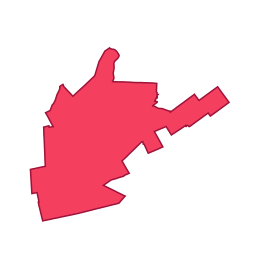 Mihail Kogalniceanu, Ialomita, Romania (orthographic projection), rotated 263°
{"feature_id": "2599482B73774561478339", "entity_name": "Mihail Kogalniceanu", "entity_type": "district", "adm_level": 2, "iso_a3": "ROU", "parent_name": "Romania", "parent_adm1": "Ialomita", "projection": "orthographic", "projection_center": [27.746, 44.645], "detail": "fine", "context": "isolated", "style": "filled", "palette": "rose", "viewbox_px": 256, "rotation_deg": 263, "n_neighbors": 0, "source": "geoboundaries", "source_scale": "gbopen_adm2", "svg_char_len": 4585}
<svg xmlns="http://www.w3.org/2000/svg" viewBox="0 0 256 256"><g transform="rotate(263 128 128)"><path d="M129.8,211.2L131.6,214.5L137.5,225.0L141.1,231.4L155.2,223.5L158.0,222.0L146.7,201.8L153.4,198.0L152.9,197.3L152.2,196.0L151.5,194.8L150.9,193.6L150.3,192.7L149.9,191.8L149.4,191.0L147.5,187.7L146.6,186.2L146.2,185.4L144.1,181.6L142.4,178.6L141.2,176.7L140.0,174.4L138.6,172.0L138.8,172.0L139.1,171.9L139.4,172.0L139.5,172.0L139.7,171.9L139.8,171.3L139.9,170.7L140.2,170.0L141.2,168.1L141.5,167.4L142.6,165.4L143.0,164.6L143.1,164.2L143.3,163.5L143.5,162.1L143.7,160.9L144.6,159.3L145.2,158.6L145.5,158.2L146.2,157.0L146.5,156.6L146.6,156.4L146.8,155.3L146.7,154.6L149.8,159.9L150.4,160.3L150.5,160.3L150.6,160.2L150.9,159.6L151.1,158.9L151.3,158.0L151.3,157.8L151.5,157.8L153.9,159.5L154.0,159.9L154.4,159.9L154.5,159.9L154.5,160.0L154.8,160.2L154.8,160.3L154.7,160.4L154.7,160.5L154.4,160.6L154.5,160.7L154.8,160.8L155.1,160.8L155.3,160.9L155.5,160.9L155.6,160.7L155.7,160.4L155.8,160.4L156.0,160.4L156.2,160.5L156.3,160.5L156.5,160.6L157.1,161.1L157.3,161.6L157.5,161.9L157.6,162.0L157.8,161.0L158.7,161.0L159.2,161.1L159.5,161.2L159.9,160.9L160.5,160.6L168.8,162.0L169.2,159.7L169.7,157.8L170.4,153.4L170.9,149.8L171.5,146.5L171.7,145.0L171.7,144.9L171.7,144.6L172.2,141.0L172.3,140.6L172.4,140.1L172.5,139.2L172.8,137.6L172.9,137.2L173.0,136.8L173.0,136.6L173.1,136.1L173.3,135.4L173.3,135.1L173.4,134.4L173.5,133.8L173.6,133.4L173.7,132.5L174.0,131.0L174.3,129.3L174.4,128.7L174.5,127.9L174.7,126.0L175.0,123.7L175.4,121.3L175.6,120.3L175.8,119.2L175.9,118.5L176.0,118.3L176.7,118.7L177.2,119.0L177.9,119.5L178.5,119.8L179.0,120.1L180.0,120.2L180.9,120.1L182.9,120.0L184.7,120.1L188.7,121.4L191.1,121.7L193.5,121.8L194.4,122.1L195.2,122.5L195.7,122.9L196.1,123.2L197.6,125.3L198.3,126.2L199.9,127.5L200.6,127.9L201.0,128.0L201.4,128.0L201.9,127.8L204.4,126.7L206.0,125.7L206.5,125.2L207.1,124.6L207.7,123.7L207.9,123.2L208.0,122.7L208.2,121.7L208.5,121.1L209.0,120.1L209.2,119.8L209.8,119.5L207.5,115.1L207.3,114.6L207.2,114.5L207.1,114.4L206.3,113.8L199.4,108.8L198.0,107.7L197.7,107.5L197.4,107.3L185.6,102.1L184.6,101.7L184.1,101.4L183.5,100.7L182.9,100.0L180.6,96.9L174.5,88.7L172.7,86.1L170.9,83.5L168.6,80.4L166.4,77.4L166.3,77.1L166.5,77.0L170.5,74.1L171.1,73.6L173.7,71.7L174.2,71.4L174.7,71.0L176.2,69.8L176.8,69.5L177.0,69.4L177.5,69.2L178.5,69.0L179.2,68.8L178.4,66.9L178.3,66.6L177.9,66.1L177.8,65.8L177.7,65.7L177.5,65.3L175.5,65.1L173.7,64.2L170.5,62.1L169.9,61.7L169.3,61.4L164.5,59.2L163.9,58.8L161.2,57.0L160.3,55.7L154.9,52.9L153.2,48.0L151.4,48.8L149.3,49.7L145.6,51.1L141.9,52.5L140.2,53.2L138.5,53.9L138.4,51.9L138.3,49.8L139.1,49.8L139.8,49.8L139.8,49.5L139.8,49.3L139.7,48.6L139.6,48.0L139.4,46.3L139.2,44.7L139.2,44.4L135.4,44.1L131.6,43.7L127.8,43.5L124.0,43.2L118.2,42.7L112.4,42.3L110.5,42.1L107.4,41.8L107.2,41.7L106.2,41.7L105.1,41.6L104.1,41.5L103.0,41.5L101.7,41.4L100.5,41.3L100.1,41.3L98.8,26.1L74.6,24.6L75.0,29.8L68.5,30.4L65.3,30.6L65.3,29.9L62.6,30.1L46.2,32.0L46.4,34.0L46.5,35.6L46.7,38.0L46.9,40.4L47.1,42.0L47.3,45.0L47.5,47.6L47.6,48.9L47.8,50.4L47.9,51.9L48.1,54.2L48.5,59.3L49.2,67.1L49.4,68.9L49.7,71.3L49.9,73.3L50.3,76.3L50.5,77.8L50.6,78.6L50.8,80.1L51.0,82.2L51.3,83.8L51.5,85.5L51.8,88.1L52.8,96.5L53.1,98.6L53.3,100.5L53.6,102.4L53.8,104.6L54.1,107.1L54.2,107.9L54.4,109.6L54.5,109.8L58.2,114.0L59.8,115.7L60.8,116.9L62.2,114.6L64.3,111.4L65.6,109.4L66.8,107.7L69.4,103.7L71.5,100.5L74.1,96.6L76.3,100.8L77.7,103.4L78.1,104.1L78.4,104.8L78.4,105.0L78.7,106.5L79.0,107.9L79.0,108.4L79.1,109.1L79.2,109.9L79.4,110.6L79.5,111.1L79.8,112.6L80.0,113.5L80.2,114.8L80.4,116.4L80.6,117.2L80.7,117.9L81.1,118.1L81.5,118.9L82.5,122.4L82.9,123.7L88.0,121.4L91.6,119.9L94.5,118.7L96.0,118.0L97.7,120.3L100.7,124.4L101.0,124.6L106.1,131.4L112.5,139.7L112.5,139.8L112.6,140.2L112.7,140.8L112.7,141.0L112.2,141.1L111.1,141.1L110.7,141.1L110.3,141.1L110.2,141.1L110.1,141.3L110.2,141.8L110.0,142.0L106.2,143.2L100.5,145.0L103.2,154.4L105.0,160.3L109.3,158.6L116.5,155.7L121.3,153.7L121.4,153.9L121.7,155.2L123.3,160.6L123.7,162.2L124.8,166.0L120.3,168.1L119.5,168.5L119.4,168.5L115.8,170.2L121.1,180.9L123.6,185.8L123.6,186.0L123.4,186.0L123.3,185.9L123.1,185.7L122.8,185.5L122.6,185.5L122.4,185.7L122.5,185.9L122.5,186.0L122.8,186.4L122.9,186.8L123.3,187.4L123.3,187.5L123.1,187.8L123.0,188.0L122.9,188.1L122.7,188.3L122.4,188.5L122.1,188.6L121.9,188.8L122.0,189.5L123.2,191.6L125.6,195.8L127.6,199.5L130.4,204.5L133.1,209.4L132.5,209.7L131.5,210.2L130.0,211.1L129.8,211.2Z" fill="#f43f5e" stroke="#9f1239" stroke-width="1.5"/></g></svg>